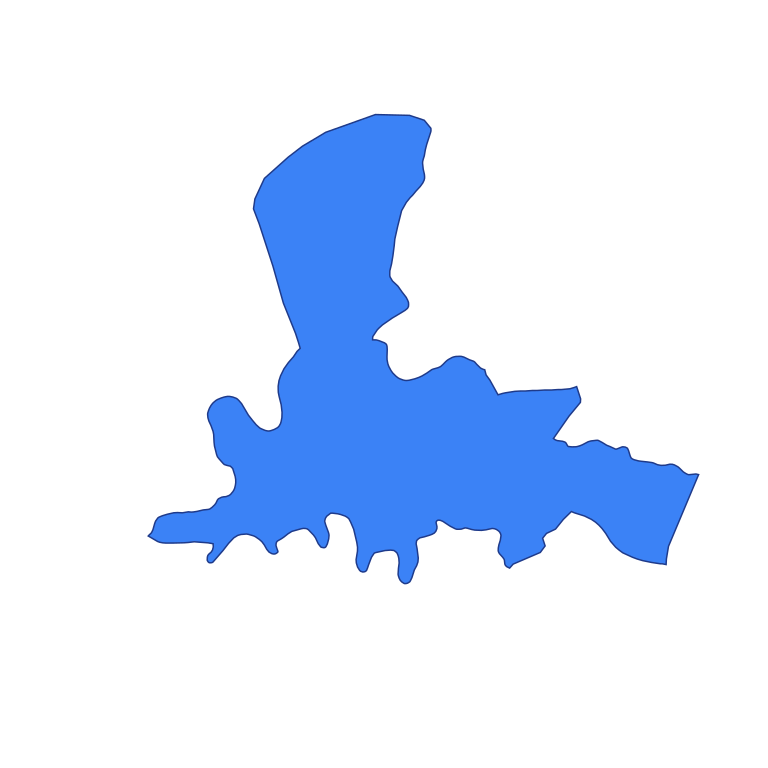 Fond Assau/Babonneau, Dauphin, Saint Lucia, rotated 162°
{"feature_id": "8701671B78261941759356", "entity_name": "Fond Assau/Babonneau", "entity_type": "district", "adm_level": 2, "iso_a3": "LCA", "parent_name": "Saint Lucia", "parent_adm1": "Dauphin", "projection": "albers", "projection_center": [-60.936, 13.995], "detail": "fine", "context": "isolated", "style": "filled", "palette": "blue", "viewbox_px": 768, "rotation_deg": 162, "n_neighbors": 0, "source": "geoboundaries", "source_scale": "gbopen_adm2", "svg_char_len": 6171}
<svg xmlns="http://www.w3.org/2000/svg" viewBox="0 0 768 768"><g transform="rotate(162 384 384)"><path d="M321.4,170.1L316.8,172.8L287.4,175.5L280.8,180.2L280.8,188.3L275.6,191.7L265.7,193.0L255.3,199.8L245.2,204.8L242.8,202.7L234.1,196.5L228.6,191.2L225.5,187.2L223.2,183.3L221.3,179.2L219.3,173.4L217.1,164.3L214.1,157.2L211.8,153.5L209.1,149.7L201.4,142.6L197.4,139.4L192.6,136.1L184.5,131.5L176.9,127.7L174.7,126.9L171.5,125.1L169.5,130.3L163.6,141.7L112.8,200.6L115.1,202.0L121.5,203.4L122.5,203.7L123.4,204.4L124.6,205.6L126.5,207.9L129.1,212.9L130.1,214.5L132.8,217.3L134.5,218.5L136.9,219.4L141.5,219.8L145.7,221.0L148.8,222.7L152.1,225.6L153.5,226.5L157.4,228.4L163.2,231.0L165.7,232.2L169.4,234.6L170.9,235.9L171.9,237.5L172.1,239.7L172.0,245.1L172.3,247.5L172.7,248.2L174.1,249.5L176.3,250.5L177.2,250.6L181.8,250.3L183.4,250.3L184.0,250.6L188.3,254.6L191.1,256.9L194.4,260.8L197.5,264.0L198.3,264.5L199.8,264.9L204.8,265.9L207.7,266.0L214.1,264.9L216.8,264.7L219.5,264.8L220.9,265.0L224.6,266.1L228.0,267.6L228.5,268.4L229.1,271.6L229.8,272.8L231.8,274.3L236.8,276.7L238.3,277.9L239.7,279.8L217.9,296.3L202.9,305.8L201.6,309.1L201.6,322.0L204.3,321.9L208.6,322.0L217.0,323.9L220.8,325.1L226.9,326.6L233.0,328.6L240.3,330.5L245.0,332.0L251.5,333.6L256.2,335.1L261.9,336.6L271.3,338.1L274.3,338.4L278.9,338.5L282.1,355.0L284.1,361.1L283.8,366.5L284.3,366.7L285.7,367.8L287.3,369.4L289.7,374.0L290.9,376.8L291.7,377.9L295.2,380.6L299.7,384.9L301.8,386.3L303.3,386.9L307.2,388.0L309.2,388.2L310.9,388.2L315.2,387.4L316.5,387.0L318.4,386.2L322.0,384.3L324.8,383.1L327.5,382.8L332.7,383.0L334.2,382.9L340.1,381.1L345.4,379.9L348.9,379.5L353.1,379.4L358.9,379.8L361.3,380.3L362.9,380.9L364.6,381.9L367.5,384.2L368.8,385.6L370.3,387.9L372.3,391.8L373.2,394.7L374.0,399.2L374.1,402.0L373.6,406.1L372.7,409.1L370.3,415.7L369.5,418.8L369.4,420.4L369.7,421.5L370.8,423.0L375.4,426.8L377.7,428.3L381.2,429.5L380.1,432.5L373.8,437.5L371.6,438.7L367.2,440.7L356.0,444.1L341.3,447.5L338.5,448.6L337.7,449.2L336.7,450.3L336.0,452.1L335.5,454.1L335.6,456.2L336.1,459.5L338.5,466.2L340.5,472.7L344.1,479.3L345.1,483.6L345.1,484.9L344.7,486.3L343.5,489.8L339.7,495.9L335.9,503.2L331.5,512.5L328.9,518.5L322.4,529.5L313.7,543.4L306.6,549.9L301.5,553.2L298.5,554.7L294.1,557.5L288.6,560.6L285.0,563.2L282.9,565.4L281.8,567.2L281.2,569.1L280.8,571.0L280.3,576.3L279.1,582.0L278.5,583.6L277.2,585.7L275.2,588.5L272.3,594.0L269.4,598.6L261.5,609.5L260.9,610.8L260.4,612.7L264.2,622.4L276.7,631.6L308.9,642.9L361.7,641.4L388.0,635.4L404.9,629.4L434.2,616.5L449.6,599.9L454.0,590.9L453.2,575.0L453.2,530.5L454.7,492.0L452.5,459.5L452.5,449.7L452.7,443.8L456.6,441.9L461.8,437.8L468.2,434.0L474.4,429.4L479.8,423.8L482.8,419.7L485.3,414.7L486.4,411.2L487.1,408.7L487.6,404.6L488.2,396.0L489.7,388.6L491.5,383.6L493.5,380.0L494.7,378.3L496.9,376.3L498.7,375.4L502.4,374.7L505.9,374.6L507.9,374.8L509.4,375.4L511.4,376.6L514.3,379.1L515.8,380.6L518.2,384.8L520.4,390.3L522.6,396.3L525.5,409.3L527.1,413.1L528.1,415.0L529.0,416.1L531.8,418.3L534.5,419.8L536.4,420.5L538.3,420.8L540.3,421.0L543.6,421.0L547.1,420.7L548.9,420.3L551.4,419.3L552.9,418.6L555.1,417.1L557.4,415.0L559.0,413.1L560.7,410.7L561.2,409.4L561.9,406.2L562.0,402.8L561.4,397.9L561.2,391.8L561.6,388.6L563.6,381.2L564.4,377.4L565.0,368.7L564.9,366.3L564.0,363.8L561.6,358.3L560.8,356.8L558.5,355.1L555.5,353.3L554.0,350.4L554.1,342.1L554.6,338.9L555.5,336.0L556.6,333.7L558.2,331.1L559.5,329.6L561.0,328.3L562.5,327.4L563.7,326.6L565.5,325.9L569.0,325.7L571.6,326.3L573.5,326.5L576.9,326.0L578.2,325.2L580.7,322.6L582.4,321.4L585.7,319.8L588.6,318.9L590.2,319.1L594.9,320.1L601.0,320.6L604.8,321.2L606.8,321.7L609.6,322.9L615.6,323.8L620.0,325.5L623.8,326.5L630.4,327.1L635.5,327.2L639.2,326.9L640.5,326.5L643.6,324.2L645.2,322.2L648.8,316.8L650.3,315.2L651.4,314.2L654.0,313.0L655.2,312.3L648.0,304.2L646.2,302.8L643.5,301.3L640.8,300.2L633.7,297.9L623.3,294.8L619.3,293.8L613.3,292.6L600.4,287.3L595.9,284.9L596.7,281.8L598.4,279.1L600.4,277.5L603.0,276.4L604.4,275.5L605.1,274.6L605.6,273.7L606.5,271.3L606.6,270.8L606.4,269.9L606.1,268.9L605.4,268.0L604.0,267.5L602.9,267.3L601.9,267.4L600.5,268.2L588.7,275.3L581.0,280.5L574.4,284.1L569.9,285.2L566.6,285.1L561.1,283.8L559.4,282.9L555.0,279.9L553.5,278.5L550.6,274.7L548.9,271.8L547.6,268.0L546.6,263.0L545.3,259.7L543.2,257.4L541.9,256.6L540.4,256.1L539.4,256.1L537.9,256.5L537.0,256.9L536.6,257.6L536.7,261.2L536.6,263.9L535.8,265.8L535.0,266.9L533.8,267.6L529.5,268.5L526.4,269.4L521.6,271.2L517.2,272.3L507.4,271.9L505.3,271.6L503.2,270.8L501.9,270.0L500.9,268.7L497.7,262.1L496.7,258.9L495.9,252.5L494.8,249.4L494.3,248.3L493.9,248.0L492.1,247.0L491.0,246.7L490.0,246.9L489.3,247.4L487.3,249.4L484.5,253.7L483.1,256.9L482.8,258.2L482.7,260.1L483.0,267.8L482.9,270.8L482.8,271.9L481.5,274.0L480.8,274.8L479.2,276.0L474.7,277.6L473.2,277.2L468.0,274.8L465.6,273.3L461.9,270.5L460.6,269.1L459.1,266.9L458.4,263.0L457.7,255.3L458.8,241.9L459.6,237.0L460.9,233.2L464.8,225.6L465.6,222.4L465.7,218.1L464.8,214.4L464.1,213.1L462.2,211.7L460.2,211.4L459.3,211.6L458.3,212.0L456.5,214.1L454.6,216.7L450.5,221.8L449.2,223.3L445.5,226.2L443.6,226.2L434.5,225.3L429.1,224.0L426.0,222.6L424.8,221.0L423.8,219.1L423.6,216.3L423.8,213.6L424.9,209.1L427.2,204.3L429.4,198.7L429.6,197.2L429.6,194.7L429.2,192.2L428.1,190.0L426.5,188.1L426.1,187.8L424.7,187.4L423.1,187.3L421.4,187.7L420.5,188.0L419.7,188.7L417.3,191.2L412.6,197.8L409.1,201.1L406.7,204.3L405.2,207.9L403.4,217.3L402.8,222.1L401.8,224.2L401.3,225.0L399.6,225.9L397.4,226.6L392.9,226.2L387.5,226.1L384.8,226.2L382.2,226.7L380.2,227.9L378.4,230.1L377.7,232.0L377.3,236.1L376.8,236.9L376.1,237.5L375.2,237.8L373.9,237.6L372.5,236.9L370.5,235.2L365.0,228.3L360.9,224.2L359.7,223.4L357.7,222.7L355.3,222.1L351.4,222.1L350.9,221.9L349.5,221.2L345.7,218.6L342.8,217.0L336.6,214.7L332.1,213.8L325.8,213.2L323.8,212.3L322.1,211.0L321.3,210.0L320.4,208.8L319.7,207.3L319.4,205.2L319.6,203.6L321.7,199.4L324.4,195.6L326.0,192.7L326.9,190.2L327.0,189.1L326.7,187.1L324.6,182.4L323.9,180.0L324.0,179.0L324.7,175.5L324.6,174.2L324.1,173.0L323.6,172.2L321.4,170.1Z" fill="#3b82f6" stroke="#1e3a8a" stroke-width="1.5"/></g></svg>